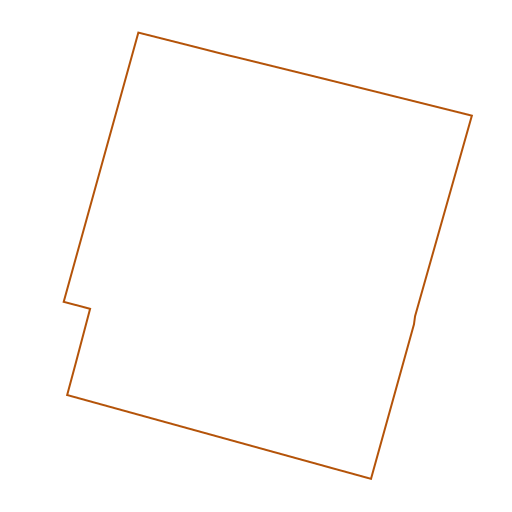 Barry, Missouri, United States of America, rotated 194°
{"feature_id": "52423323B82075539049913", "entity_name": "Barry", "entity_type": "district", "adm_level": 2, "iso_a3": "USA", "parent_name": "United States of America", "parent_adm1": "Missouri", "projection": "mercator", "projection_center": [-93.839, 36.715], "detail": "fine", "context": "isolated", "style": "outline", "palette": "amber", "viewbox_px": 512, "rotation_deg": 194, "n_neighbors": 0, "source": "geoboundaries", "source_scale": "gbopen_adm2", "svg_char_len": 432}
<svg xmlns="http://www.w3.org/2000/svg" viewBox="0 0 512 512"><g transform="rotate(194 256 256)"><path d="M90.5,67.6L86.2,227.9L87.1,236.1L80.5,444.4L83.0,444.4L159.4,444.4L162.7,444.4L188.8,444.4L199.7,444.4L227.2,444.4L324.0,444.1L324.3,444.1L330.3,444.0L336.6,444.0L343.4,444.0L358.0,444.1L424.2,444.3L431.5,165.0L404.2,164.6L405.0,107.4L405.6,75.4L128.2,68.5L90.5,67.6Z" fill="none" stroke="#b45309" stroke-width="2"/></g></svg>